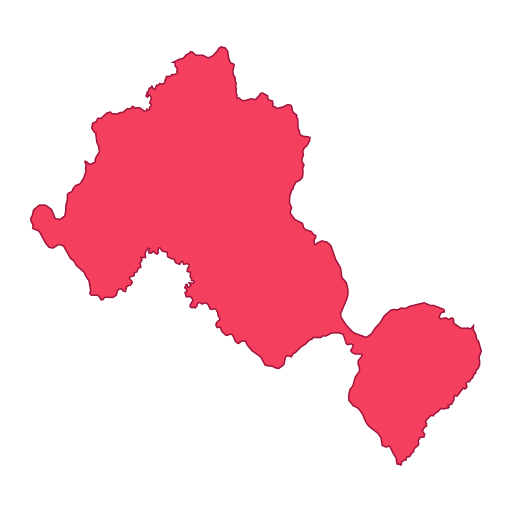 the district of Los Andes, Nariño, Colombia
{"feature_id": "7082276B65989383346082", "entity_name": "Los Andes", "entity_type": "district", "adm_level": 2, "iso_a3": "COL", "parent_name": "Colombia", "parent_adm1": "Nariño", "projection": "natural_earth1", "projection_center": [-77.705, 1.658], "detail": "fine", "context": "isolated", "style": "filled", "palette": "rose", "viewbox_px": 512, "rotation_deg": 0, "n_neighbors": 0, "source": "geoboundaries", "source_scale": "gbopen_adm2", "svg_char_len": 5999}
<svg xmlns="http://www.w3.org/2000/svg" viewBox="0 0 512 512"><path d="M245.2,100.6L241.9,100.4L239.0,98.0L236.8,98.0L237.1,95.8L235.9,91.2L236.4,88.6L235.6,86.4L236.3,83.4L235.1,80.8L235.1,77.6L233.4,74.9L232.7,71.7L234.2,65.0L233.5,63.9L231.5,63.4L230.0,62.0L228.4,56.8L227.7,51.2L225.2,47.9L221.2,46.9L218.9,48.2L217.2,51.1L213.0,55.7L208.2,58.0L202.8,55.2L195.9,55.2L192.3,52.0L190.5,51.7L189.5,53.1L186.0,55.0L183.3,58.3L179.1,59.3L173.1,62.3L175.0,62.5L175.2,66.1L176.9,68.1L177.4,70.3L176.8,71.0L177.4,72.8L174.9,74.5L171.8,74.6L170.3,76.3L166.5,76.5L165.0,80.5L165.0,82.6L162.0,84.2L159.6,83.4L158.5,85.2L156.5,85.2L154.9,89.5L153.6,89.1L151.9,86.1L150.7,87.9L149.3,88.1L148.2,91.7L146.9,92.4L147.5,94.5L146.3,94.8L146.1,96.0L147.5,97.2L149.0,94.8L151.5,97.7L149.7,103.0L151.4,104.7L150.7,106.5L149.5,107.4L149.6,108.9L148.8,110.0L146.8,109.1L146.3,111.1L143.9,110.9L139.4,107.6L134.6,108.1L133.4,106.5L132.4,106.4L130.7,108.7L127.3,108.7L122.7,112.5L120.1,112.5L117.4,113.9L112.4,113.9L110.2,112.0L106.7,113.1L101.3,118.2L97.7,118.4L96.2,121.6L92.6,123.3L91.8,128.2L94.4,132.3L95.7,133.1L96.8,142.1L98.7,146.7L99.4,151.9L96.1,157.1L95.1,160.1L95.5,161.9L90.6,164.3L88.4,163.6L87.1,162.0L85.1,161.2L85.0,162.3L86.1,165.0L85.5,169.1L86.1,171.1L83.7,178.0L80.1,183.8L75.6,185.5L73.2,188.5L72.0,191.5L68.4,193.2L67.4,194.4L67.4,199.4L65.8,205.9L65.8,210.3L64.8,215.9L59.9,219.6L58.2,218.9L56.2,219.1L55.1,218.3L51.5,209.5L45.5,205.1L39.4,205.1L33.6,209.9L32.3,215.5L30.7,218.5L31.0,220.9L32.9,224.9L32.9,228.6L38.3,230.7L39.6,232.0L45.8,243.4L48.9,247.2L52.8,248.1L58.6,244.6L60.7,244.8L63.7,246.2L70.4,258.2L74.1,261.3L76.3,265.4L84.2,272.3L85.9,276.3L89.0,280.7L90.7,291.1L89.8,292.6L90.2,294.3L91.5,295.2L97.5,295.2L99.6,297.1L101.2,300.0L102.9,299.6L104.8,297.2L112.5,297.4L114.4,296.6L116.6,294.7L117.3,290.8L119.3,289.0L121.7,289.1L123.4,291.1L125.4,291.6L126.6,286.9L128.0,285.7L130.3,285.3L132.3,282.7L132.1,281.6L129.8,279.0L129.5,277.5L130.4,276.7L134.1,275.7L134.4,272.7L136.8,272.0L138.2,268.6L140.9,267.0L140.0,263.2L142.1,259.9L140.9,257.5L145.5,257.5L145.1,252.5L148.4,248.0L149.6,248.7L148.6,251.6L149.1,253.0L151.1,253.2L153.5,251.2L154.9,253.0L157.0,254.1L158.3,253.0L158.0,250.6L158.6,248.1L160.0,247.8L162.1,251.1L167.1,252.2L167.7,256.7L171.5,258.7L174.1,259.1L175.2,262.0L176.2,263.0L179.6,264.4L181.3,261.7L182.5,261.3L183.7,264.4L186.8,263.6L188.9,264.5L189.1,266.1L187.5,268.5L187.2,271.4L190.5,272.3L190.2,276.7L191.7,278.9L191.4,280.4L193.9,281.0L194.1,281.8L193.2,283.3L189.1,282.8L190.9,285.4L188.6,287.4L187.5,287.2L187.1,284.5L186.3,284.3L184.8,287.6L186.9,290.1L186.7,291.4L185.0,292.6L186.3,296.9L190.2,296.5L193.1,299.8L190.1,305.3L190.2,306.8L192.0,307.8L193.9,307.3L195.2,307.9L197.0,305.9L197.4,303.7L198.6,302.7L199.8,302.6L202.1,304.1L204.8,302.7L207.8,304.0L210.2,309.2L212.8,309.4L214.2,308.6L216.0,309.5L217.6,312.2L218.2,316.0L220.0,318.7L219.6,319.9L217.1,321.9L216.1,323.8L216.0,325.7L217.1,327.5L220.4,327.3L221.7,331.2L225.8,335.2L227.3,335.4L230.2,334.0L231.9,334.6L233.3,336.4L235.3,341.2L237.7,343.4L238.8,343.4L241.8,340.8L245.6,341.4L247.6,345.5L252.1,350.8L260.6,356.8L265.3,365.3L272.6,366.4L275.9,368.0L278.9,368.4L283.8,364.6L285.4,357.5L286.8,355.9L288.8,355.9L291.3,356.9L293.1,353.6L295.4,352.5L301.3,346.6L305.3,344.2L308.6,340.7L312.5,338.7L313.3,337.4L320.8,337.6L322.5,336.0L326.1,335.9L331.9,332.9L338.5,332.8L341.9,333.8L343.4,334.8L346.4,343.8L348.0,344.7L351.5,343.8L353.0,344.9L352.9,346.8L350.7,350.5L352.2,352.6L354.7,353.9L361.4,354.1L362.0,355.2L361.3,357.0L358.6,360.2L358.1,361.9L358.2,364.6L359.2,366.5L359.6,370.9L355.4,376.9L352.9,385.7L349.9,389.7L348.7,395.4L348.8,400.3L353.6,406.1L357.0,407.4L359.6,409.9L362.4,413.9L365.5,421.3L368.3,425.7L377.9,433.3L381.0,437.7L382.2,445.4L385.2,446.8L387.4,446.9L388.6,445.8L390.1,446.8L393.5,454.0L396.1,457.9L396.9,463.5L397.5,464.3L398.8,464.0L400.8,465.1L401.5,463.7L401.3,462.2L404.7,459.7L405.9,460.1L406.8,456.9L409.7,456.6L411.5,453.4L413.7,451.7L413.5,450.1L415.1,447.8L418.1,445.3L418.8,444.0L418.1,441.2L418.9,439.2L419.7,438.8L419.8,437.3L423.9,437.1L424.7,434.2L422.4,431.1L424.1,427.7L426.5,426.1L426.5,423.6L425.6,421.9L426.0,420.6L430.0,416.2L431.7,415.4L433.5,415.8L434.4,413.9L438.2,411.3L440.9,408.4L444.5,409.0L446.2,408.0L447.8,408.3L449.0,407.2L449.3,407.7L449.1,406.9L448.1,406.2L448.1,405.1L451.5,404.3L453.9,399.9L454.0,397.2L455.0,395.5L457.1,396.1L463.0,388.2L464.8,389.0L466.4,387.9L466.9,386.6L466.1,383.0L467.1,382.0L469.7,381.5L471.1,378.9L472.3,378.2L474.4,373.8L475.7,373.2L475.8,370.7L478.1,368.5L479.5,365.2L479.7,362.0L479.0,357.3L481.3,351.1L478.4,341.0L476.8,339.5L475.7,334.1L473.4,330.0L473.4,325.7L470.5,329.1L468.3,328.1L461.3,328.3L453.9,323.5L453.4,319.2L452.6,318.1L451.1,318.1L448.9,319.5L445.7,317.8L440.6,318.9L439.4,317.8L439.4,316.1L441.2,312.7L444.4,311.8L443.9,309.5L433.6,305.4L430.3,305.5L424.2,302.8L409.5,306.3L405.7,308.5L400.9,308.0L397.9,309.9L393.5,309.5L390.8,310.2L384.2,316.0L380.3,322.5L374.9,328.5L371.3,334.1L366.3,337.4L354.7,333.2L351.9,331.2L345.9,324.7L340.9,316.9L340.7,313.4L346.9,298.7L347.8,294.9L348.0,289.9L346.3,282.7L341.8,277.3L340.6,268.1L335.6,259.3L330.9,245.7L327.1,242.1L321.7,240.9L317.0,243.2L315.7,244.5L314.8,244.4L314.1,242.8L314.2,239.9L315.7,237.5L315.6,235.4L313.9,234.9L311.3,231.5L305.4,229.6L303.6,227.5L302.4,223.2L294.9,219.6L290.4,213.4L290.3,211.8L291.6,207.6L289.4,202.6L289.8,196.0L291.7,190.2L293.1,188.9L293.3,186.9L295.7,182.4L300.2,180.0L302.4,177.3L303.0,172.8L302.7,167.9L304.0,165.0L301.9,161.5L302.0,158.8L303.5,154.9L302.7,151.4L303.6,149.9L303.7,148.5L306.9,145.7L309.7,140.5L310.0,137.6L307.8,136.7L303.4,136.4L299.8,134.3L299.2,130.3L298.1,128.9L297.8,119.4L296.6,117.1L296.8,115.2L292.8,112.0L291.6,106.3L290.2,104.9L287.3,104.8L283.1,107.0L276.8,108.4L274.9,106.8L272.5,106.1L273.0,103.9L272.5,101.0L268.9,99.9L267.9,98.9L267.6,95.8L262.6,93.0L260.4,93.5L259.0,95.9L255.1,99.7L251.2,98.7L245.2,100.6Z" fill="#f43f5e" stroke="#9f1239" stroke-width="1.5"/></svg>